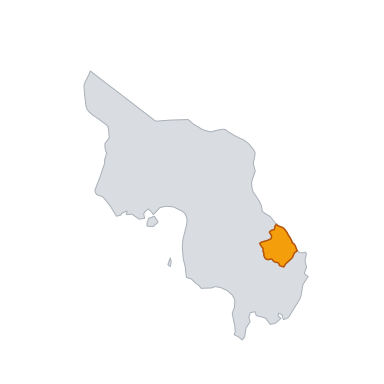 location of Le Kef within Tunisia, rotated 140°
{"feature_id": "TUN-109", "entity_name": "Le Kef", "entity_type": "Governorate", "adm_level": 1, "iso_a3": "TUN", "parent_name": "Tunisia", "parent_adm1": "", "projection": "mercator", "projection_center": [8.752, 36.03], "detail": "fine", "context": "in_parent", "style": "filled", "palette": "amber", "viewbox_px": 384, "rotation_deg": 140, "n_neighbors": 0, "source": "natural_earth", "source_scale": "10m", "svg_char_len": 3655}
<svg xmlns="http://www.w3.org/2000/svg" viewBox="0 0 384 384"><g transform="rotate(140 192 192)"><path d="M265.4,222.0L265.3,223.1L264.0,231.5L263.7,234.5L263.5,239.6L263.5,245.7L266.5,250.8L266.5,253.1L265.4,255.7L260.0,258.7L253.0,262.5L247.0,266.2L240.4,270.2L238.3,272.8L235.1,274.8L232.3,276.8L231.8,278.7L229.9,282.3L227.4,285.2L221.2,286.5L220.0,287.4L217.1,291.7L215.8,293.4L214.1,297.0L216.2,306.2L218.8,315.6L219.3,319.5L219.3,322.8L217.8,326.3L214.5,331.3L212.1,335.0L207.4,341.6L206.0,343.3L202.8,345.2L196.5,347.8L192.1,350.0L189.9,339.9L188.0,331.3L186.4,324.2L183.6,311.6L181.2,300.9L178.9,290.2L176.7,280.4L174.6,270.6L173.7,269.1L167.2,264.5L161.3,260.2L155.1,255.3L148.4,250.0L147.3,243.3L143.9,233.2L140.2,227.5L138.9,226.0L131.5,222.4L127.3,219.7L126.2,218.1L125.3,214.0L122.3,205.8L118.9,198.3L117.6,193.2L117.5,186.8L118.1,182.1L119.6,180.2L126.8,174.4L130.1,167.4L134.2,164.8L137.8,162.8L140.6,160.5L143.2,156.9L145.1,152.9L145.5,148.7L146.3,141.9L147.6,137.1L150.6,131.8L149.4,127.4L147.8,122.8L148.2,114.6L147.8,111.3L146.5,108.4L145.2,104.7L145.1,101.5L146.4,93.3L147.4,87.0L148.9,78.8L148.4,76.5L147.2,74.8L143.8,73.0L143.7,71.9L144.6,70.7L149.7,66.7L152.5,60.8L154.8,59.5L158.3,57.4L158.1,55.1L157.3,52.6L166.5,49.8L175.1,42.5L178.2,40.7L198.4,34.0L201.0,34.4L203.9,35.4L203.1,38.0L201.9,40.0L203.6,43.5L206.0,41.3L205.4,39.9L205.3,38.0L209.4,37.8L213.1,38.1L217.1,40.2L216.8,48.2L222.2,56.0L220.7,59.8L225.1,62.1L229.0,59.4L230.9,55.3L238.1,53.0L245.0,47.0L248.7,46.4L249.6,51.3L251.4,55.6L248.8,57.1L245.5,61.6L239.3,73.1L233.6,76.4L229.3,80.9L227.9,84.0L227.4,87.6L228.5,94.2L231.7,100.8L235.3,104.8L238.8,106.0L246.9,112.3L246.8,116.0L247.9,120.5L248.4,125.8L251.2,130.1L245.1,139.4L241.8,146.2L235.4,155.4L229.6,161.4L217.3,170.3L214.2,173.2L212.3,176.3L211.3,179.5L211.7,183.2L215.7,192.4L221.1,197.8L226.6,200.7L236.2,199.5L235.8,203.1L236.5,207.3L240.4,207.1L243.0,206.4L245.2,202.3L249.9,205.1L252.3,213.7L256.3,216.4L256.7,217.4L255.3,218.0L254.2,219.0L255.4,219.7L259.2,220.7L261.5,220.1L265.4,222.0ZM245.2,198.1L244.2,198.3L242.4,199.5L241.5,199.6L238.8,198.3L237.8,198.3L236.5,197.3L236.9,192.1L237.4,190.7L243.9,190.5L247.4,193.6L248.0,194.4L248.1,195.3L246.5,197.0L245.2,198.1ZM257.0,152.0L251.3,155.3L252.4,152.4L256.2,149.0L257.1,149.9L257.0,152.0Z" fill="#d9dde1" stroke="#a8b0b8" stroke-width="1"/><path d="M148.1,112.9L148.0,111.5L147.4,110.0L145.6,107.0L145.1,105.4L145.0,103.5L145.2,99.9L146.0,97.0L146.1,96.5L146.2,94.0L147.0,90.6L147.4,89.8L147.8,89.0L147.7,88.2L147.4,87.3L147.2,86.4L147.4,84.5L149.2,79.6L149.2,79.4L149.8,79.3L152.1,79.5L152.8,79.5L156.2,77.7L157.6,77.2L157.9,77.1L166.7,76.7L169.9,75.6L171.6,78.2L172.1,79.2L172.1,79.4L172.1,79.7L172.1,80.1L171.9,80.6L171.7,80.8L171.6,81.0L171.5,81.3L171.5,81.9L171.6,82.3L171.6,82.5L172.0,83.2L173.0,84.3L173.7,85.5L173.8,85.9L173.9,86.2L174.0,86.5L174.0,87.2L173.9,88.1L173.9,88.5L174.0,89.1L174.1,89.4L174.3,89.7L174.8,90.0L177.0,91.2L177.3,91.4L177.6,91.8L178.2,92.7L178.4,93.2L178.5,93.6L178.5,94.4L178.3,95.6L178.0,96.6L177.8,97.1L177.6,97.5L176.7,98.4L176.2,99.3L176.1,99.6L175.9,100.3L175.8,100.7L175.7,101.0L175.5,101.4L174.2,102.5L173.9,102.9L173.9,103.0L173.8,103.6L173.8,105.4L173.6,107.1L173.6,107.4L173.1,109.1L171.2,109.0L164.9,106.3L161.9,105.5L161.5,105.4L161.2,105.6L160.8,105.8L160.0,106.5L159.6,106.8L159.4,107.1L159.2,107.6L159.0,108.0L159.0,108.4L158.8,110.3L158.7,110.9L158.6,111.2L158.4,111.5L157.5,111.7L155.8,111.6L155.4,111.5L153.8,110.6L153.6,110.5L153.4,110.5L153.1,110.5L152.8,110.6L152.3,110.9L151.0,111.9L150.4,112.5L149.9,112.7L148.8,112.8L148.1,112.9Z" fill="#f59e0b" stroke="#b45309" stroke-width="1.5"/></g></svg>